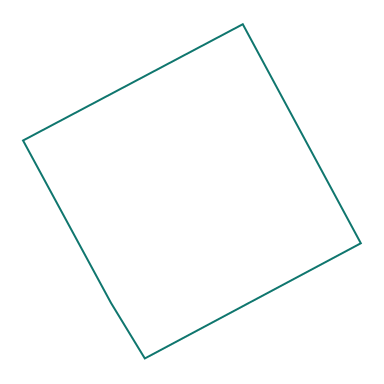 Garza, Texas, United States of America, rotated 62°
{"feature_id": "52423323B20011668612695", "entity_name": "Garza", "entity_type": "district", "adm_level": 2, "iso_a3": "USA", "parent_name": "United States of America", "parent_adm1": "Texas", "projection": "robinson", "projection_center": [-101.32, 33.179], "detail": "fine", "context": "isolated", "style": "outline", "palette": "teal", "viewbox_px": 384, "rotation_deg": 62, "n_neighbors": 0, "source": "geoboundaries", "source_scale": "gbopen_adm2", "svg_char_len": 232}
<svg xmlns="http://www.w3.org/2000/svg" viewBox="0 0 384 384"><g transform="rotate(62 192 192)"><path d="M67.2,317.0L252.0,315.6L316.8,311.8L316.5,67.0L67.7,68.4L67.2,317.0Z" fill="none" stroke="#0f766e" stroke-width="2"/></g></svg>